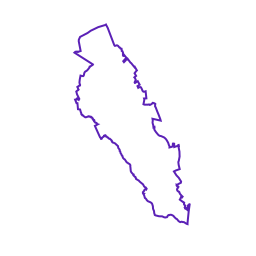 outline of Bobota, Salaj, Romania, rotated 259°
{"feature_id": "2599482B19126209643390", "entity_name": "Bobota", "entity_type": "district", "adm_level": 2, "iso_a3": "ROU", "parent_name": "Romania", "parent_adm1": "Salaj", "projection": "equal_earth", "projection_center": [22.731, 47.382], "detail": "fine", "context": "isolated", "style": "outline", "palette": "violet", "viewbox_px": 256, "rotation_deg": 259, "n_neighbors": 0, "source": "geoboundaries", "source_scale": "gbopen_adm2", "svg_char_len": 5726}
<svg xmlns="http://www.w3.org/2000/svg" viewBox="0 0 256 256"><g transform="rotate(259 128 128)"><path d="M103.8,170.3L104.0,170.0L104.1,169.1L102.1,168.5L101.4,168.5L101.1,166.8L101.0,165.0L101.5,165.1L101.8,165.4L103.4,164.9L105.9,164.6L108.5,163.7L109.7,163.2L111.2,162.2L111.9,161.6L113.7,159.0L114.4,157.4L115.5,156.4L116.4,155.9L118.4,154.8L120.7,153.8L121.4,153.6L121.8,153.6L123.0,153.9L123.1,154.0L123.7,154.2L124.0,154.2L123.7,153.1L126.2,153.3L126.7,153.2L128.5,153.1L129.6,153.4L130.2,153.7L132.4,153.8L129.0,161.5L130.5,161.4L135.1,160.6L139.0,159.8L143.1,159.1L143.9,158.7L144.6,158.8L146.5,159.4L146.9,159.0L147.1,158.7L147.1,158.4L147.5,158.2L147.9,157.4L148.0,157.0L147.2,156.1L146.9,155.4L146.6,154.4L146.7,154.1L146.5,153.9L146.5,153.7L146.7,153.4L147.0,153.4L147.1,153.1L147.2,151.3L147.5,150.2L147.6,149.2L147.9,148.4L148.4,147.7L151.5,149.0L153.1,149.5L153.9,149.4L153.6,151.7L160.7,152.3L160.5,150.6L160.9,150.1L160.9,149.9L161.9,149.3L163.3,149.1L165.1,148.6L165.4,148.5L165.8,148.0L165.8,146.4L165.5,145.7L167.3,145.3L168.3,147.7L172.1,146.5L170.9,143.6L170.9,143.4L171.1,143.3L171.4,143.2L172.0,143.5L172.4,143.9L172.6,143.9L173.4,144.7L173.7,144.8L175.6,144.4L176.5,143.9L177.6,145.9L180.5,144.9L182.4,147.0L182.8,147.7L184.0,147.3L186.5,146.4L186.2,146.1L191.1,143.5L191.7,142.9L195.9,140.9L195.6,140.6L196.3,140.2L194.7,138.5L193.4,136.6L194.5,136.1L197.3,139.8L200.7,138.0L200.4,137.7L199.6,137.4L199.7,137.1L199.9,137.0L200.2,137.4L200.8,137.1L201.7,137.1L202.1,137.4L202.9,137.5L204.4,137.2L204.6,136.7L204.9,136.5L205.4,136.7L207.1,136.8L207.2,136.6L207.2,136.4L207.4,135.8L208.5,135.4L208.7,134.9L210.4,134.0L211.0,133.4L211.3,132.8L211.1,131.0L211.2,130.7L212.1,130.3L230.1,127.2L233.7,126.1L233.5,125.8L232.7,118.0L230.6,110.0L229.0,106.5L226.6,98.4L224.1,96.6L222.6,96.2L212.6,96.2L212.4,94.6L212.4,93.9L212.1,93.4L212.4,92.8L212.7,92.7L212.8,92.3L212.8,91.6L212.9,90.9L212.2,89.8L197.1,105.7L196.6,105.3L196.2,104.0L195.9,103.4L195.6,102.1L195.1,102.1L193.2,100.0L192.3,98.8L191.8,97.7L191.7,97.1L191.1,96.2L190.3,95.6L188.4,94.8L187.7,94.3L187.5,93.9L187.6,93.4L188.2,92.0L188.5,91.4L184.8,89.9L181.9,89.0L180.4,89.0L179.6,89.2L179.1,89.1L178.9,89.0L178.9,88.5L178.6,87.5L178.4,87.4L178.4,87.1L178.2,86.7L178.0,86.4L177.9,86.1L176.6,86.5L175.9,86.5L175.1,86.8L174.6,86.1L174.4,85.4L173.7,84.2L170.7,84.4L166.3,85.6L166.3,85.2L166.1,85.0L165.4,85.3L165.0,85.0L165.5,84.5L166.2,84.4L166.8,83.7L166.6,83.3L166.3,82.9L166.0,82.9L165.8,83.0L165.9,81.5L162.2,82.2L162.0,83.1L156.0,82.5L155.3,84.5L152.6,84.7L152.1,84.9L150.9,84.9L150.7,84.8L149.9,85.1L149.6,85.4L149.1,85.6L149.0,85.8L149.2,86.0L148.6,86.4L147.9,86.9L146.7,88.1L146.6,88.6L146.6,89.4L146.8,90.3L146.8,90.9L147.0,91.1L147.1,91.3L146.9,91.8L146.9,92.0L146.5,92.2L146.3,92.8L146.1,93.2L146.1,93.4L145.9,93.6L146.1,93.8L145.9,94.0L145.6,93.7L145.5,93.8L145.2,94.0L145.2,94.5L144.9,94.8L144.5,94.9L144.1,95.3L143.9,95.3L143.6,95.1L143.4,95.3L142.9,95.3L142.8,95.5L142.5,95.6L142.7,95.8L142.6,96.0L142.3,96.3L142.0,96.2L141.7,96.4L141.4,96.4L141.3,96.0L141.0,96.0L140.7,96.3L140.4,96.4L139.5,96.9L139.3,97.2L139.1,97.9L138.9,98.0L138.6,98.3L137.8,98.4L137.4,99.1L136.4,95.9L124.1,98.8L123.7,99.2L122.4,99.5L122.4,99.9L122.5,100.2L123.3,100.7L123.6,101.0L124.4,103.0L125.0,103.0L125.1,103.7L125.3,104.2L125.1,104.5L124.5,104.5L124.2,104.9L123.7,105.0L123.7,105.4L122.7,106.0L122.7,106.3L122.1,106.8L121.7,106.9L121.4,107.1L120.9,107.7L120.9,108.1L119.2,109.4L118.7,109.4L118.5,109.7L118.1,109.8L117.5,109.7L116.8,110.1L116.6,110.3L116.4,111.0L115.7,111.8L115.4,112.3L115.0,112.7L113.8,113.4L113.6,113.7L112.7,114.2L112.2,114.7L111.1,114.7L110.5,114.6L110.0,114.8L108.4,115.6L107.9,115.6L107.1,115.4L106.7,115.8L106.3,115.9L104.8,115.9L103.2,116.6L102.5,116.6L102.0,116.8L101.6,117.2L100.1,117.3L99.4,117.5L98.2,118.3L97.7,118.9L94.5,120.2L94.0,121.0L93.3,121.4L92.6,122.3L92.1,122.8L91.4,123.1L91.0,123.2L89.7,122.9L89.1,122.9L85.2,122.5L83.9,122.8L81.7,124.1L81.3,124.7L81.0,124.7L80.5,124.3L78.7,125.5L78.6,125.9L76.9,126.3L76.7,126.1L76.4,126.2L74.3,128.6L73.5,129.0L72.3,129.9L69.8,132.0L67.5,132.7L66.5,133.5L66.3,134.0L64.8,134.7L64.2,134.2L64.8,133.8L64.8,133.6L64.0,132.2L63.8,132.1L63.5,132.1L63.0,131.4L62.6,131.3L62.2,130.4L61.2,130.2L60.5,130.4L60.4,130.7L60.3,131.1L60.0,130.8L59.0,130.9L58.1,131.1L56.2,131.2L56.0,131.3L55.8,131.6L55.1,132.1L54.1,132.6L53.7,132.6L52.4,133.5L51.7,134.5L51.0,135.6L50.0,136.7L49.0,137.2L46.5,137.5L44.2,137.2L43.2,137.3L41.6,137.7L39.4,137.5L38.0,137.7L37.5,137.7L37.0,138.3L35.4,141.7L35.0,143.5L34.8,144.6L33.5,146.4L33.4,146.7L33.2,147.0L33.0,147.5L33.1,148.0L33.0,149.1L33.2,149.5L34.3,150.3L34.8,151.2L34.6,151.7L34.8,152.8L34.4,154.2L33.1,155.8L31.6,156.6L29.8,157.9L29.2,158.7L26.9,159.9L26.1,160.8L25.7,161.2L25.6,161.6L25.8,162.5L25.7,163.0L25.2,163.8L25.1,164.4L24.9,165.0L22.8,167.2L22.3,168.1L23.4,168.3L34.7,171.7L42.0,174.2L40.8,173.0L40.6,172.2L40.0,171.8L39.7,171.8L39.1,171.6L37.8,170.7L36.6,170.4L37.0,170.1L38.1,168.7L38.9,169.1L39.3,168.6L39.6,168.8L40.9,169.4L41.9,168.6L42.5,168.4L44.0,168.9L45.0,167.9L44.9,167.8L47.8,165.2L48.6,165.9L50.6,167.2L49.6,167.8L50.2,168.5L51.6,167.5L51.9,167.4L52.3,167.1L53.8,166.3L54.4,166.3L55.5,166.1L55.7,165.9L55.6,165.7L57.1,164.5L57.6,164.4L57.9,164.5L58.5,164.4L58.8,164.6L59.5,165.2L59.8,165.7L60.6,166.3L60.8,166.2L60.6,165.7L61.8,164.9L62.4,164.7L62.9,164.8L62.7,165.0L62.9,165.4L63.5,167.1L64.1,169.3L64.2,169.5L64.9,169.7L65.3,169.9L69.5,168.3L72.3,166.5L76.6,164.8L77.2,166.9L77.8,170.9L82.1,170.7L85.0,170.9L85.9,171.5L90.1,173.2L95.1,174.0L99.5,174.0L100.1,174.5L101.7,174.5L101.7,174.1L100.9,173.3L100.9,172.7L100.5,169.9L101.0,170.0L103.0,170.1L103.8,170.3Z" fill="none" stroke="#5b21b6" stroke-width="2"/></g></svg>